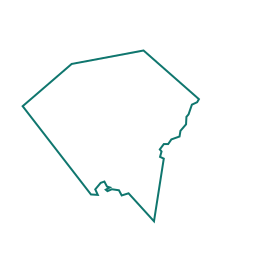 outline of Walker, Texas, United States of America, rotated 138°
{"feature_id": "52423323B95540408919203", "entity_name": "Walker", "entity_type": "district", "adm_level": 2, "iso_a3": "USA", "parent_name": "United States of America", "parent_adm1": "Texas", "projection": "albers", "projection_center": [-95.561, 30.781], "detail": "fine", "context": "isolated", "style": "outline", "palette": "teal", "viewbox_px": 256, "rotation_deg": 138, "n_neighbors": 0, "source": "geoboundaries", "source_scale": "gbopen_adm2", "svg_char_len": 530}
<svg xmlns="http://www.w3.org/2000/svg" viewBox="0 0 256 256"><g transform="rotate(138 128 128)"><path d="M171.1,41.3L121.9,81.3L123.5,85.1L118.8,88.1L118.7,90.8L112.1,92.1L108.9,89.2L103.4,90.5L95.4,87.2L90.9,90.8L82.4,91.9L77.1,97.2L73.9,97.6L64.9,102.6L59.4,100.9L56.0,102.0L64.6,175.2L127.0,213.3L191.7,214.7L200.0,103.4L195.2,98.5L193.4,104.3L185.0,105.5L181.4,104.0L182.8,98.6L181.3,96.0L185.8,97.0L185.5,94.8L181.0,93.3L176.4,87.8L177.8,82.1L171.3,79.1L171.1,41.3Z" fill="none" stroke="#0f766e" stroke-width="2"/></g></svg>